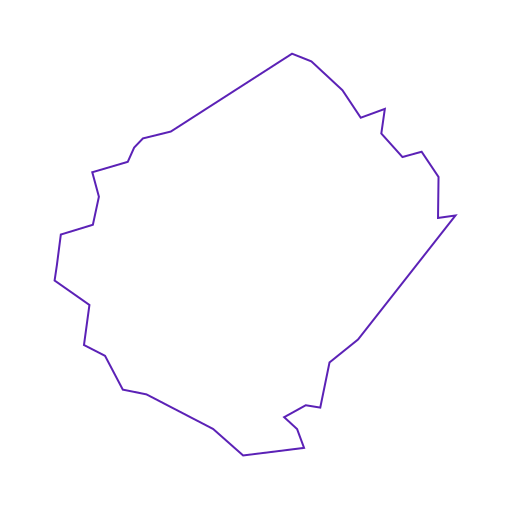 Appomattox, Virginia, United States of America (Albers equal-area conic projection), rotated 83°
{"feature_id": "52423323B11653599208682", "entity_name": "Appomattox", "entity_type": "district", "adm_level": 2, "iso_a3": "USA", "parent_name": "United States of America", "parent_adm1": "Virginia", "projection": "albers", "projection_center": [-78.811, 37.377], "detail": "fine", "context": "isolated", "style": "outline", "palette": "violet", "viewbox_px": 512, "rotation_deg": 83, "n_neighbors": 0, "source": "geoboundaries", "source_scale": "gbopen_adm2", "svg_char_len": 589}
<svg xmlns="http://www.w3.org/2000/svg" viewBox="0 0 512 512"><g transform="rotate(83 256 256)"><path d="M240.1,53.1L240.4,70.7L199.8,65.2L172.7,78.9L175.6,98.6L149.7,116.7L125.7,110.2L131.5,135.2L102.0,150.0L69.6,177.3L59.6,195.6L122.1,325.4L125.5,353.9L133.5,363.7L146.9,371.8L152.9,408.3L178.0,404.7L205.1,414.1L210.9,447.1L241.0,454.8L255.8,458.9L284.3,427.3L323.4,437.6L336.7,418.0L372.4,404.5L380.0,381.6L422.5,319.6L452.4,293.1L452.3,231.7L432.8,236.3L419.4,247.7L410.2,224.8L414.3,210.7L370.6,196.0L351.3,164.9L240.1,53.1Z" fill="none" stroke="#5b21b6" stroke-width="2"/></g></svg>